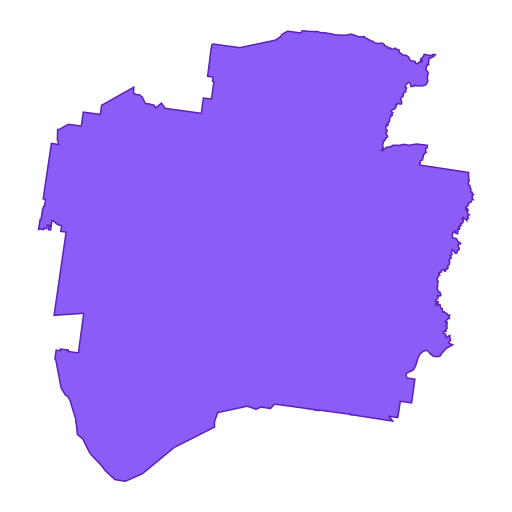 the district of Gilgandra, New South Wales, Australia
{"feature_id": "25037944B57868667695206", "entity_name": "Gilgandra", "entity_type": "district", "adm_level": 2, "iso_a3": "AUS", "parent_name": "Australia", "parent_adm1": "New South Wales", "projection": "orthographic", "projection_center": [148.95, -31.633], "detail": "fine", "context": "isolated", "style": "filled", "palette": "violet", "viewbox_px": 512, "rotation_deg": 0, "n_neighbors": 0, "source": "geoboundaries", "source_scale": "gbopen_adm2", "svg_char_len": 5938}
<svg xmlns="http://www.w3.org/2000/svg" viewBox="0 0 512 512"><path d="M57.6,129.5L57.4,139.6L58.7,144.5L51.4,143.4L43.2,198.9L45.5,199.2L44.5,206.2L43.8,206.1L42.6,209.3L41.0,220.0L40.1,219.7L38.6,229.5L39.9,229.0L43.8,229.6L44.1,228.1L46.8,228.5L47.3,225.0L50.3,225.4L50.1,226.9L48.9,226.7L48.5,229.7L50.6,230.0L51.9,220.6L53.3,220.9L57.4,224.5L61.6,225.9L60.8,231.4L66.1,232.1L54.1,315.3L83.7,313.3L78.4,352.9L68.2,351.5L68.4,350.1L60.4,349.0L60.4,350.7L56.2,350.1L54.9,358.5L55.9,360.3L61.1,387.9L65.5,395.2L67.8,396.4L69.9,400.1L75.9,419.5L75.6,421.8L76.3,423.6L77.4,434.5L82.8,439.0L89.5,452.5L92.0,455.6L101.5,465.6L105.6,471.0L114.9,479.6L125.3,481.3L142.4,473.7L174.1,447.5L214.6,427.0L214.4,422.0L217.7,412.6L247.2,406.2L256.2,409.3L260.8,407.0L270.5,408.5L274.6,404.1L309.1,408.8L308.9,408.9L314.9,409.7L314.9,410.2L318.6,410.6L318.6,410.0L350.2,414.3L350.2,414.8L354.8,415.2L392.7,421.1L391.0,418.7L389.2,417.2L388.9,416.2L397.8,417.6L400.3,401.3L411.6,402.9L414.9,379.2L407.0,378.0L405.8,374.3L407.1,372.9L412.6,370.3L414.2,368.6L416.0,364.8L418.2,357.5L420.1,353.9L423.1,351.3L426.3,350.4L428.0,351.1L430.6,354.1L433.4,356.2L435.5,356.6L438.9,356.5L440.5,355.7L441.3,353.9L446.1,348.5L452.7,344.8L449.4,343.4L448.6,342.4L448.6,341.9L450.1,340.9L450.6,340.0L449.9,337.9L449.9,335.5L449.0,335.7L446.9,337.6L446.4,337.6L445.6,336.2L446.1,335.6L445.7,334.7L444.7,333.6L443.5,333.3L443.7,331.4L444.6,331.1L445.7,331.6L446.1,331.3L446.1,329.2L447.2,328.1L446.8,326.6L445.9,325.9L447.0,325.2L447.1,322.0L446.6,321.7L445.5,322.4L445.2,321.2L447.9,318.8L449.4,318.5L448.9,316.5L449.6,315.1L447.6,315.1L447.1,314.7L447.1,313.7L444.4,312.3L444.2,311.7L443.6,311.6L443.1,312.1L442.3,310.5L442.3,308.8L440.7,307.8L440.0,304.6L438.6,304.3L437.2,305.7L435.8,304.6L435.8,303.8L437.4,303.4L438.3,302.2L437.9,301.3L436.6,301.7L435.5,301.4L435.8,300.1L438.1,297.6L438.1,296.9L437.5,295.6L440.1,296.0L440.9,295.3L440.3,292.8L439.7,291.9L438.3,291.9L437.8,289.7L436.8,288.3L437.7,286.0L437.5,284.0L438.1,282.6L437.9,280.8L437.1,279.7L437.0,278.9L438.8,275.5L439.8,274.9L438.8,273.3L438.8,272.6L441.1,272.3L442.0,269.7L443.7,269.9L444.8,271.4L445.2,271.3L445.7,270.7L445.4,269.2L447.3,269.0L447.8,268.5L448.1,267.4L447.4,266.0L449.3,264.5L449.7,261.6L448.7,260.2L451.4,257.8L450.2,255.5L452.0,254.6L451.6,252.4L452.0,249.9L453.1,250.4L454.6,251.9L455.0,253.1L456.3,253.4L457.1,252.1L457.5,250.2L458.9,249.9L459.2,249.4L458.9,248.8L459.3,248.2L458.5,247.0L457.8,244.3L459.6,243.8L460.4,244.0L460.4,243.0L458.0,241.6L456.5,238.8L455.4,238.2L454.4,238.4L452.3,237.4L452.6,235.6L452.2,234.0L452.8,233.5L452.9,232.6L453.8,232.3L454.2,231.3L454.9,231.0L455.3,231.2L455.0,232.4L456.1,233.6L457.8,233.6L457.6,232.0L458.1,231.4L457.2,229.5L457.8,229.1L459.4,229.4L459.8,228.8L459.6,227.9L458.6,227.6L458.5,226.6L459.0,226.0L460.3,226.2L461.1,225.7L460.5,223.8L461.9,223.5L463.0,222.2L463.5,221.0L462.9,220.0L463.0,219.0L462.2,219.3L462.1,218.8L463.3,217.4L464.2,218.7L466.0,219.6L466.7,220.5L466.7,219.7L467.4,219.5L467.5,218.9L468.4,218.1L467.4,217.3L468.6,215.2L469.3,214.8L467.9,214.2L467.3,211.7L466.8,211.2L467.6,211.2L468.2,210.3L467.7,209.8L467.8,209.2L466.7,208.3L466.3,209.5L465.8,208.7L466.1,208.0L465.6,207.7L466.7,206.3L467.7,205.9L468.5,204.6L467.9,203.6L469.1,203.1L470.0,202.0L470.9,202.3L472.1,199.6L473.0,199.6L472.4,199.1L472.1,197.7L472.6,197.3L472.3,196.6L472.7,195.0L473.4,194.4L472.2,194.2L472.2,192.3L470.7,192.1L471.0,190.7L470.5,189.7L470.9,188.7L470.0,187.8L470.1,186.0L469.8,185.4L468.4,185.0L468.1,184.5L468.3,182.3L469.1,181.2L469.3,180.1L468.5,179.7L468.8,176.8L468.3,173.9L468.7,172.5L419.8,165.1L419.2,164.1L420.4,163.1L420.1,161.6L420.6,160.7L422.2,160.1L423.3,156.9L423.2,154.7L424.7,154.0L425.1,152.6L426.2,152.4L425.6,150.8L425.6,148.5L427.2,147.7L427.4,145.3L416.5,144.0L408.7,145.3L404.4,144.3L398.8,145.4L395.1,145.2L392.1,145.5L391.7,146.5L386.3,147.4L382.6,150.5L381.4,150.3L382.2,149.4L382.6,149.5L382.8,148.7L383.3,148.4L382.6,145.3L383.9,140.9L385.2,140.0L386.0,137.8L387.2,137.4L387.7,136.6L386.3,133.6L385.7,133.2L385.9,132.1L387.0,131.7L387.1,130.8L386.8,129.7L385.7,129.4L385.8,126.0L386.8,125.5L387.1,124.7L387.3,125.6L388.3,124.5L387.7,123.8L387.9,122.7L388.6,122.7L389.5,121.0L389.8,117.6L392.3,115.2L392.2,114.7L391.3,114.4L392.8,112.8L391.1,111.5L392.4,109.6L394.9,108.9L395.3,107.4L396.0,107.1L395.7,104.8L397.0,104.7L397.1,103.7L398.1,103.3L399.8,104.1L401.6,103.9L401.6,101.6L400.8,99.6L400.8,97.9L403.1,96.4L403.5,95.3L403.1,94.5L404.0,92.5L405.7,91.9L406.1,88.9L406.7,88.0L405.4,87.2L405.3,86.4L406.2,84.4L408.3,82.6L409.3,82.3L410.1,83.2L410.9,86.5L413.7,86.3L415.3,84.9L415.9,85.7L421.5,86.0L425.6,85.0L426.8,83.4L428.0,80.8L427.0,77.1L427.9,75.1L427.8,73.9L428.2,73.1L427.8,71.8L426.5,70.6L426.2,68.9L425.8,68.4L426.7,66.4L426.4,65.4L428.7,64.7L427.9,64.0L428.5,63.5L429.0,58.3L429.8,58.4L433.8,56.4L435.3,54.6L433.4,54.4L430.9,55.6L424.2,54.3L423.8,55.5L422.0,58.1L420.7,58.8L420.5,60.2L422.3,60.6L422.1,61.4L419.6,61.9L416.8,63.9L415.4,63.0L415.3,61.7L414.9,61.3L410.7,60.7L408.9,58.3L408.8,57.2L405.8,55.1L403.4,55.3L399.4,52.4L398.9,49.7L397.5,49.9L395.3,48.1L391.9,49.6L390.5,48.0L389.7,47.8L388.5,48.5L387.9,48.2L387.8,47.1L384.8,45.8L384.2,44.5L383.3,44.2L382.5,43.1L379.0,43.5L374.6,43.0L373.9,42.6L372.9,41.2L371.4,41.3L370.4,40.3L368.4,39.7L367.7,38.7L365.3,38.1L364.3,36.5L361.3,36.9L358.3,36.7L351.4,34.1L345.9,35.2L334.8,34.9L332.2,34.0L324.1,32.7L320.5,32.7L318.0,31.6L308.9,31.4L302.8,30.7L301.7,31.1L301.3,33.0L287.6,31.2L282.0,34.4L280.5,36.7L275.6,40.1L239.8,47.7L213.0,44.0L211.9,44.8L211.1,49.0L207.6,76.3L213.1,77.1L212.5,81.3L213.9,81.6L211.4,99.1L203.4,98.0L201.3,113.3L165.5,108.4L164.7,107.8L161.5,103.1L155.7,107.9L154.0,105.1L148.2,103.7L146.5,103.8L145.1,103.0L142.1,96.8L139.2,94.8L135.7,94.5L134.0,93.3L133.5,92.1L133.8,87.2L101.6,105.3L100.3,114.4L83.3,112.1L81.3,126.1L68.3,124.3L58.9,129.6L57.6,129.5Z" fill="#8b5cf6" stroke="#5b21b6" stroke-width="1.5"/></svg>